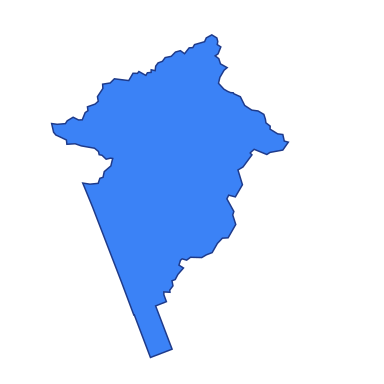 the district of Utah, Utah, United States of America, rotated 69°
{"feature_id": "52423323B70562342190922", "entity_name": "Utah", "entity_type": "district", "adm_level": 2, "iso_a3": "USA", "parent_name": "United States of America", "parent_adm1": "Utah", "projection": "mercator", "projection_center": [-111.763, 40.177], "detail": "fine", "context": "isolated", "style": "filled", "palette": "blue", "viewbox_px": 384, "rotation_deg": 69, "n_neighbors": 0, "source": "geoboundaries", "source_scale": "gbopen_adm2", "svg_char_len": 1785}
<svg xmlns="http://www.w3.org/2000/svg" viewBox="0 0 384 384"><g transform="rotate(69 192 192)"><path d="M324.6,266.9L285.3,266.8L285.2,255.2L277.9,255.1L275.2,254.1L277.7,248.5L275.6,247.9L272.8,243.4L267.7,242.5L267.7,239.0L263.9,234.7L259.9,227.2L255.6,230.4L251.6,227.2L250.9,225.1L253.7,221.4L252.4,216.8L256.7,206.4L255.8,201.0L255.8,194.9L249.1,186.7L246.0,180.2L247.7,174.7L238.0,162.8L228.0,162.2L225.2,159.9L210.9,161.9L208.1,158.9L212.1,153.3L203.3,142.3L187.9,141.2L186.9,135.4L178.8,122.7L176.6,123.7L176.3,123.6L174.4,118.7L183.8,108.7L183.0,104.9L185.4,92.2L180.0,84.2L177.5,87.6L170.9,86.6L168.4,91.2L161.3,96.6L158.5,95.4L153.9,98.2L150.4,97.4L145.3,97.1L140.0,101.3L137.0,106.8L135.1,108.2L130.1,111.8L120.4,112.7L115.3,117.7L114.2,117.9L113.0,120.4L110.8,122.7L107.4,125.4L100.0,128.3L95.0,124.9L89.8,118.4L88.5,114.6L82.6,119.5L77.1,119.2L73.2,121.6L72.4,118.2L66.9,113.1L63.4,115.6L60.7,114.0L57.1,113.6L52.4,117.2L53.2,123.4L56.2,126.4L55.3,136.8L57.5,139.5L56.4,143.0L60.2,149.4L55.9,152.2L55.4,157.3L57.9,162.7L56.9,168.9L59.4,172.8L59.3,177.4L61.5,180.8L65.5,182.9L63.3,186.3L65.7,187.3L64.7,190.9L66.6,193.3L60.5,198.4L61.7,200.4L60.0,204.5L65.3,211.1L64.0,213.6L58.5,223.9L60.9,229.3L59.3,236.8L63.4,238.1L69.1,246.1L73.7,247.0L75.2,251.0L75.0,259.1L78.8,260.0L79.6,263.3L85.3,268.6L84.1,272.1L79.6,276.2L80.8,283.0L82.8,285.7L80.5,293.6L77.8,298.5L86.6,299.8L90.0,298.7L98.4,290.6L102.6,291.7L105.1,283.8L109.3,278.8L116.2,267.3L120.7,264.8L123.9,265.3L125.4,262.9L130.6,260.4L131.2,255.9L132.3,254.0L135.2,256.1L138.6,258.4L141.5,266.6L146.4,269.8L146.2,273.1L150.3,276.5L148.1,284.5L144.5,290.8L170.1,290.2L185.7,290.2L251.3,290.1L286.0,290.4L286.0,289.9L331.6,290.1L331.6,266.9L324.6,266.9Z" fill="#3b82f6" stroke="#1e3a8a" stroke-width="1.5"/></g></svg>